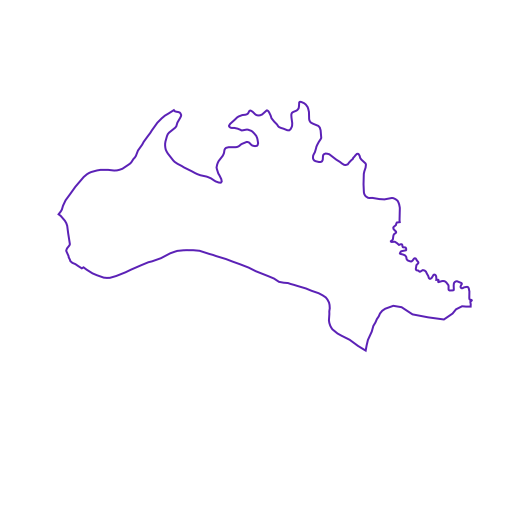 outline of Xaybuly, Savannakhét, Laos, rotated 54°
{"feature_id": "54806243B76472997498531", "entity_name": "Xaybuly", "entity_type": "district", "adm_level": 2, "iso_a3": "LAO", "parent_name": "Laos", "parent_adm1": "Savannakhét", "projection": "albers", "projection_center": [104.961, 16.917], "detail": "fine", "context": "isolated", "style": "outline", "palette": "violet", "viewbox_px": 512, "rotation_deg": 54, "n_neighbors": 0, "source": "geoboundaries", "source_scale": "gbopen_adm2", "svg_char_len": 6136}
<svg xmlns="http://www.w3.org/2000/svg" viewBox="0 0 512 512"><g transform="rotate(54 256 256)"><path d="M423.1,112.1L421.2,110.6L419.1,109.6L419.0,109.2L418.9,107.9L418.7,107.5L418.2,107.5L417.0,108.7L416.2,108.6L415.3,108.1L410.1,104.2L407.2,102.9L406.1,102.8L405.6,102.9L405.0,103.4L404.0,105.4L403.6,106.4L403.5,107.8L402.8,108.7L402.0,108.9L401.2,108.7L400.4,107.7L399.6,105.9L399.1,105.7L398.6,105.7L394.6,108.2L394.1,109.0L393.9,110.5L394.2,111.5L394.5,112.0L395.9,113.3L399.3,115.6L399.7,116.0L399.7,116.5L399.4,117.2L397.6,119.7L396.8,120.0L396.1,119.8L393.4,117.8L392.5,117.5L389.2,117.6L387.8,118.0L387.2,118.3L386.3,119.2L385.7,120.1L384.4,123.7L384.2,123.8L383.7,123.6L383.0,122.6L382.6,122.5L382.2,122.7L381.3,124.2L380.2,123.3L378.5,122.3L377.4,122.0L376.6,122.1L375.9,122.6L375.6,123.4L377.0,126.8L377.0,127.9L376.8,128.6L376.5,128.9L375.4,129.1L373.4,128.4L370.6,128.1L368.5,127.7L367.0,128.1L366.0,128.8L365.4,129.5L365.2,132.3L364.8,132.9L363.2,133.3L361.9,134.5L361.2,134.6L360.5,134.4L357.7,131.6L357.2,129.0L356.6,128.4L356.0,128.3L354.1,128.5L353.0,128.3L351.9,128.3L351.2,128.8L351.0,129.8L351.7,131.9L351.8,133.1L351.6,133.8L350.8,134.5L349.1,135.7L347.9,136.0L346.8,135.9L345.3,135.1L344.8,135.0L343.6,135.0L342.8,135.2L341.1,136.3L339.2,137.9L338.6,138.1L338.1,137.5L337.5,136.1L337.7,135.3L339.5,131.4L339.4,131.0L338.5,130.3L337.3,130.0L336.6,130.4L335.5,131.8L335.2,132.0L334.5,131.9L333.1,131.2L332.6,131.1L332.3,131.2L331.9,131.5L331.4,132.4L331.1,133.8L328.4,134.4L326.3,135.2L325.9,135.5L324.4,138.0L323.6,138.4L323.3,138.2L323.3,136.4L322.9,135.4L320.4,133.0L319.7,132.0L319.5,131.4L319.5,129.3L319.3,128.8L318.6,128.4L315.2,128.9L313.9,128.4L313.6,128.0L313.4,127.4L313.2,124.6L312.2,123.4L311.7,122.4L313.1,119.8L311.5,118.9L302.2,111.8L301.3,111.2L298.5,109.9L296.5,109.3L294.5,109.0L293.8,109.2L292.1,109.7L290.6,110.5L289.7,111.1L288.9,112.0L285.7,118.8L282.5,122.7L277.4,127.7L275.7,130.2L274.7,131.2L272.3,132.1L271.2,132.2L269.6,132.0L268.3,131.5L267.3,130.9L261.1,126.8L252.9,120.5L251.2,118.6L248.9,115.4L247.1,113.7L246.4,113.2L245.4,113.0L240.0,114.1L238.0,114.1L235.9,113.3L234.3,113.1L233.6,113.2L233.1,113.6L232.7,114.4L233.0,116.5L233.4,117.7L233.8,119.8L234.2,120.2L234.4,120.8L234.5,122.5L235.1,125.8L235.8,127.9L235.1,130.0L234.6,130.6L233.9,131.2L231.7,132.1L229.2,132.8L225.3,134.4L217.8,136.6L216.8,136.9L215.2,138.2L214.0,139.5L213.6,141.2L213.9,142.4L214.9,143.4L217.0,145.1L217.6,145.8L218.2,147.0L218.0,148.3L217.0,149.8L214.5,151.9L213.2,152.7L211.9,152.8L210.8,152.6L209.8,152.0L208.5,150.9L207.8,149.8L206.6,147.3L204.3,144.3L203.1,142.9L202.1,141.2L200.6,138.1L199.5,135.1L198.8,133.8L192.4,129.9L189.6,128.9L187.4,129.1L182.7,132.0L180.5,133.1L179.4,133.3L177.8,133.1L176.4,132.5L170.6,128.5L167.8,127.3L165.9,126.7L162.7,126.7L160.6,127.3L158.2,128.7L157.4,129.4L157.0,130.1L157.2,130.8L160.1,133.2L161.4,134.5L161.7,135.0L162.2,136.8L162.1,138.2L161.5,140.6L161.3,141.7L161.3,142.6L161.7,143.5L162.6,144.5L164.8,145.9L169.8,148.6L171.8,150.2L172.5,151.1L173.6,153.2L173.8,154.1L173.8,155.4L172.6,156.8L169.2,158.9L167.1,160.5L165.2,161.6L164.1,161.8L161.9,161.7L157.9,162.3L153.7,162.5L151.0,161.6L147.7,161.0L146.1,160.9L144.9,161.3L144.5,161.8L145.1,167.9L144.6,169.9L143.9,171.2L143.1,172.1L142.1,172.9L140.7,173.4L137.6,173.9L136.7,174.2L135.7,174.6L134.9,175.2L134.8,176.2L136.0,178.7L136.0,179.9L135.6,181.3L133.9,184.3L132.9,188.1L132.8,189.8L133.3,193.3L133.9,199.2L134.7,201.2L135.4,201.6L136.3,201.5L137.3,201.1L138.2,200.3L139.8,198.1L142.2,196.0L144.8,194.4L145.9,193.9L146.4,193.1L148.2,189.3L149.0,188.3L151.9,186.3L153.2,185.8L155.8,185.4L158.9,185.2L161.1,185.7L162.4,186.2L166.0,188.0L167.2,189.5L167.4,190.4L166.8,191.8L166.1,192.7L164.4,194.1L163.1,194.5L160.2,194.9L158.8,195.8L158.2,196.6L157.0,201.6L156.9,203.0L157.1,204.6L157.0,205.9L156.7,207.1L156.2,208.2L151.9,214.2L151.0,216.4L150.9,216.9L151.1,218.1L151.7,219.2L153.8,221.3L154.7,222.7L155.4,224.1L157.2,230.3L158.0,231.9L159.2,233.7L161.2,235.9L162.8,236.6L167.1,238.0L169.4,238.2L173.4,238.9L175.5,239.9L176.0,241.0L175.8,241.7L174.6,243.0L172.1,244.7L170.8,245.3L166.7,246.8L164.2,248.3L162.7,249.3L157.9,253.6L155.2,255.4L153.0,256.6L149.6,258.2L142.0,262.2L139.5,263.2L135.3,265.3L132.0,266.5L130.1,266.8L121.2,267.1L119.0,266.9L116.9,266.5L115.1,265.7L113.2,264.6L111.6,263.4L110.1,261.9L106.7,257.6L105.6,255.8L105.1,253.9L104.7,245.9L104.2,244.2L101.9,241.2L99.5,235.8L98.7,234.4L98.0,233.7L96.3,233.3L95.1,233.4L93.8,234.3L92.4,235.7L91.0,236.7L89.7,236.7L89.3,243.0L88.9,247.2L89.2,251.4L90.2,257.5L93.2,266.5L94.3,269.2L95.6,273.5L97.6,279.7L99.0,282.6L101.3,289.5L104.4,294.3L105.1,296.1L105.5,298.2L106.9,301.8L107.2,303.4L107.2,305.3L106.9,312.8L106.0,315.8L105.0,318.2L103.5,320.5L99.4,325.0L94.9,331.2L93.4,334.2L92.4,336.8L91.2,340.0L90.7,342.3L90.5,344.7L90.8,348.9L93.8,361.4L96.6,369.8L99.0,377.3L101.9,382.6L104.3,385.7L105.2,387.7L106.2,391.2L108.8,390.4L115.2,389.9L118.0,390.2L120.6,391.0L127.4,394.7L137.0,399.6L137.7,400.6L138.8,404.5L140.0,406.3L140.6,406.6L145.9,407.7L147.0,408.3L149.5,408.7L151.1,409.2L153.6,408.6L156.4,406.9L159.5,405.8L163.6,404.2L163.8,402.2L167.4,401.1L173.9,398.5L177.9,396.1L184.0,391.9L186.1,389.5L187.8,387.0L190.0,380.9L190.9,377.4L192.5,371.1L193.6,365.0L196.0,354.2L197.8,346.7L199.2,343.3L201.9,334.2L203.4,323.8L204.9,318.8L205.6,316.7L208.7,311.4L210.5,308.7L214.3,303.5L218.6,298.6L227.1,292.4L229.8,290.2L232.5,288.4L240.8,282.1L246.8,278.2L253.4,273.7L261.0,268.8L268.2,265.1L279.7,257.8L284.8,254.7L290.4,252.6L293.9,249.3L296.7,246.0L298.9,244.5L301.6,242.3L304.3,240.3L311.6,234.7L316.8,231.5L322.9,227.2L327.0,225.2L330.5,223.9L333.2,223.8L336.6,224.3L338.9,225.3L341.7,227.1L343.8,229.2L346.1,230.8L350.9,234.8L353.2,236.0L356.0,236.9L358.0,237.2L360.2,237.3L366.6,235.6L370.9,233.6L378.8,229.5L388.8,226.3L397.0,222.9L393.4,219.1L389.7,214.8L385.2,206.8L381.5,202.1L380.0,198.5L378.1,195.3L377.0,192.2L375.4,189.5L374.5,186.1L374.6,182.5L377.0,174.2L383.0,168.3L395.2,163.7L406.8,152.8L417.8,141.3L418.1,130.8L416.7,125.5L417.8,118.8L420.4,115.8L423.1,112.1Z" fill="none" stroke="#5b21b6" stroke-width="2"/></g></svg>